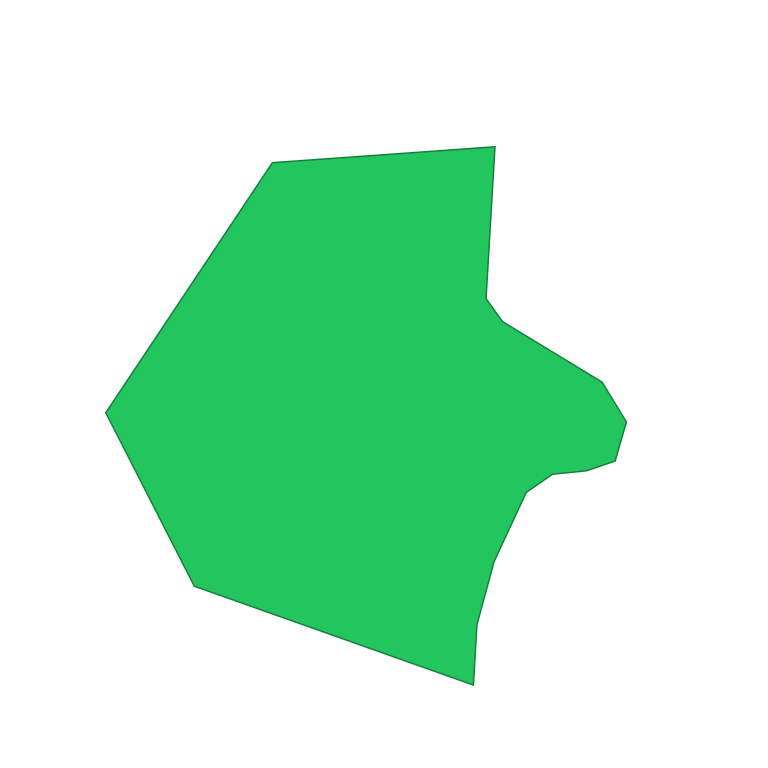 SVG path tracing the border of Limerick, rotated 114°
{"feature_id": "IRL-5570", "entity_name": "Limerick", "entity_type": "City", "adm_level": 1, "iso_a3": "IRL", "parent_name": "Ireland", "parent_adm1": "", "projection": "albers", "projection_center": [-8.613, 52.652], "detail": "fine", "context": "isolated", "style": "filled", "palette": "green", "viewbox_px": 768, "rotation_deg": 114, "n_neighbors": 0, "source": "natural_earth", "source_scale": "10m", "svg_char_len": 363}
<svg xmlns="http://www.w3.org/2000/svg" viewBox="0 0 768 768"><g transform="rotate(114 384 384)"><path d="M360.3,141.5L380.9,163.7L397.9,193.4L425.1,209.9L501.3,211.2L566.1,201.2L622.7,179.8L645.9,475.0L523.4,626.5L227.2,576.0L122.1,379.1L264.5,325.5L278.8,301.1L293.6,185.5L320.1,147.1L360.3,141.5Z" fill="#22c55e" stroke="#15803d" stroke-width="1.5"/></g></svg>